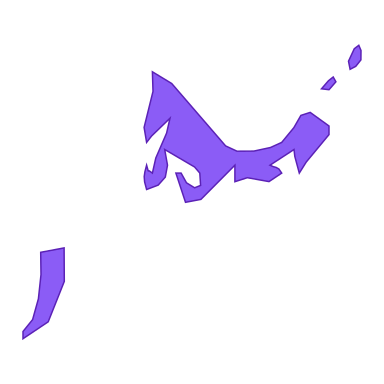 an SVG outline of Providenciales and West Caicos
{"feature_id": "TCA-5005", "entity_name": "Providenciales and West Caicos", "entity_type": "state/province", "adm_level": 1, "iso_a3": "TCA", "parent_name": "Turks and Caicos Islands", "parent_adm1": "", "projection": "equal_earth", "projection_center": [-72.259, 21.758], "detail": "fine", "context": "isolated", "style": "filled", "palette": "violet", "viewbox_px": 384, "rotation_deg": 0, "n_neighbors": 0, "source": "natural_earth", "source_scale": "10m", "svg_char_len": 1056}
<svg xmlns="http://www.w3.org/2000/svg" viewBox="0 0 384 384"><path d="M146.6,142.4L144.1,127.4L153.0,91.4L152.4,71.8L171.7,83.5L225.6,145.9L237.0,151.2L253.8,151.1L270.5,147.5L281.7,142.4L293.9,127.6L300.9,115.4L310.2,112.4L329.0,126.0L329.0,134.6L306.2,162.1L299.3,173.1L294.8,156.4L294.0,149.5L270.0,165.2L273.2,166.6L276.1,167.4L278.9,169.0L281.7,173.1L269.0,181.6L247.3,177.7L234.9,181.7L234.9,165.2L200.9,199.4L185.5,202.3L175.9,173.1L181.1,173.1L186.5,182.8L194.6,187.8L200.6,185.4L199.8,173.1L194.6,167.0L164.7,149.5L167.5,165.2L165.3,177.1L158.2,185.1L146.6,189.5L144.6,181.9L144.2,176.6L144.9,171.8L146.6,165.2L148.0,170.2L148.3,170.9L149.3,170.9L152.4,173.1L155.8,158.0L166.6,133.1L170.0,118.2L151.6,136.0L146.6,142.4ZM40.7,252.3L64.1,247.9L64.3,281.4L48.2,321.8L23.0,338.7L23.0,331.5L32.6,319.6L38.4,298.8L41.0,274.6L40.7,252.3ZM354.3,48.7L358.8,45.3L361.0,50.5L360.9,59.9L355.8,66.3L350.1,69.3L348.5,61.2L354.3,48.7ZM328.5,80.7L333.2,77.0L335.9,81.8L329.0,89.7L321.5,88.8L328.5,80.7Z" fill="#8b5cf6" stroke="#5b21b6" stroke-width="1.5"/></svg>